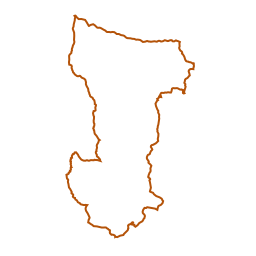 Sativanorte, Boyacá, Colombia, rotated 273°
{"feature_id": "7082276B25925183447781", "entity_name": "Sativanorte", "entity_type": "district", "adm_level": 2, "iso_a3": "COL", "parent_name": "Colombia", "parent_adm1": "Boyacá", "projection": "mercator", "projection_center": [-72.738, 6.126], "detail": "fine", "context": "isolated", "style": "outline", "palette": "amber", "viewbox_px": 256, "rotation_deg": 273, "n_neighbors": 0, "source": "geoboundaries", "source_scale": "gbopen_adm2", "svg_char_len": 5741}
<svg xmlns="http://www.w3.org/2000/svg" viewBox="0 0 256 256"><g transform="rotate(273 128 128)"><path d="M237.2,68.7L236.1,69.4L235.4,69.5L234.5,69.2L232.7,69.2L228.7,68.4L226.4,68.3L224.8,67.7L224.0,67.7L220.5,69.2L217.2,69.5L213.0,69.5L211.5,69.9L210.7,69.9L209.1,69.5L207.6,68.7L205.4,68.3L204.5,67.9L203.4,67.8L202.6,68.0L201.3,67.5L200.0,67.5L198.2,65.9L197.0,65.4L193.1,65.8L190.7,65.6L188.2,66.0L188.0,67.1L187.5,68.3L186.4,68.7L185.6,68.5L184.7,68.6L183.8,69.1L183.0,69.2L182.4,69.7L180.6,70.3L180.2,71.0L178.8,72.0L177.3,74.2L177.1,75.0L177.1,75.7L177.6,77.1L177.4,77.6L175.9,79.1L175.0,81.5L174.0,82.8L171.4,83.7L170.9,83.6L169.4,83.7L167.5,84.6L165.2,86.1L162.6,86.6L161.4,87.3L160.0,87.6L159.3,88.1L157.9,88.5L157.2,89.3L156.4,90.9L156.1,91.2L155.0,91.7L153.9,92.9L151.6,93.5L150.1,93.6L149.6,94.6L149.3,94.8L148.5,94.8L146.9,94.3L144.0,94.7L143.7,94.5L143.1,93.5L143.1,92.8L141.0,92.3L138.6,92.9L137.6,93.5L135.0,93.5L134.0,93.3L131.8,93.5L131.2,93.7L130.5,94.2L129.9,94.2L128.4,94.2L127.5,93.7L126.9,93.8L126.3,93.4L125.7,93.3L124.7,94.0L124.0,94.0L123.3,94.5L122.2,94.6L120.5,95.1L118.4,97.1L115.3,99.2L114.5,100.3L114.1,99.7L113.6,99.4L112.7,99.3L111.8,99.0L109.7,97.9L108.6,97.7L106.7,98.1L104.3,97.6L103.2,97.8L102.8,97.3L102.2,97.1L101.2,97.3L99.5,98.3L98.5,98.3L98.0,98.5L97.7,98.9L97.2,99.9L96.8,100.1L95.5,101.4L94.8,101.8L94.0,101.8L93.7,102.0L94.5,98.6L94.3,97.9L94.5,96.1L94.0,95.6L94.0,92.6L93.3,90.9L93.3,90.1L93.7,88.7L93.1,87.1L93.1,85.4L93.7,83.7L94.2,82.8L96.9,80.4L98.8,79.4L101.0,77.4L100.8,76.1L100.1,75.9L99.7,75.4L99.0,75.2L98.9,74.9L99.3,74.8L99.3,74.6L98.9,74.2L97.2,73.4L95.4,73.7L95.2,72.7L94.9,72.5L93.9,72.7L93.4,72.3L91.8,72.1L91.5,72.2L91.5,72.8L89.9,72.7L89.5,72.9L88.9,72.6L87.4,73.2L86.4,73.1L85.9,73.6L85.7,73.2L85.1,72.8L83.8,73.2L82.6,72.8L81.5,72.7L81.4,72.5L81.6,72.2L81.1,72.2L80.3,71.1L79.4,71.2L79.1,70.9L78.5,70.0L78.4,69.5L78.1,69.4L78.0,69.0L75.3,69.5L74.2,69.8L73.7,70.6L73.0,71.0L71.4,70.8L70.2,71.0L69.2,71.4L65.5,72.2L64.1,73.4L61.3,75.1L60.8,75.2L60.1,74.9L59.8,75.0L58.7,76.7L58.0,76.8L56.7,76.5L56.3,76.7L55.7,77.4L55.4,78.7L54.9,78.7L53.8,79.3L53.1,80.7L51.3,81.8L50.3,84.0L49.7,84.3L49.3,84.9L48.7,88.1L49.0,89.5L48.9,91.3L47.5,90.4L45.9,89.9L44.9,89.9L43.2,90.4L40.5,92.3L36.7,94.3L35.8,94.2L34.2,93.5L31.6,93.2L31.1,94.4L30.2,95.7L29.3,97.5L28.2,98.8L28.1,102.2L27.2,107.1L27.5,110.8L27.4,111.4L26.6,112.4L26.2,113.3L25.5,114.0L24.9,115.3L22.9,115.3L21.8,115.6L21.3,116.3L20.7,116.8L20.5,117.1L20.7,117.9L20.5,119.2L20.0,120.3L19.4,120.8L18.5,120.9L18.7,121.2L18.5,123.0L20.1,125.9L20.9,129.0L22.0,129.5L25.8,133.0L26.7,133.3L27.4,133.3L27.7,133.6L30.6,133.2L30.7,133.5L31.5,133.9L31.8,134.7L32.9,136.3L34.0,137.2L34.1,137.8L33.7,138.1L32.7,137.3L32.3,136.7L31.9,136.7L31.7,137.7L31.7,139.4L30.5,139.5L29.8,140.6L31.4,142.6L33.7,144.2L35.6,147.2L37.0,148.0L38.1,148.4L39.0,149.2L39.7,149.2L40.7,149.5L41.4,149.4L42.3,148.9L43.5,147.6L44.0,147.2L45.2,147.0L47.0,147.4L49.0,148.6L49.2,149.0L49.0,149.8L49.1,150.4L49.9,151.3L48.9,159.3L47.8,161.6L50.4,162.0L51.8,162.6L52.9,164.8L54.7,166.4L55.4,166.5L56.1,166.8L56.9,166.9L57.6,166.1L58.3,165.9L59.2,165.3L60.4,163.2L61.5,159.8L63.2,157.4L64.6,156.4L65.5,153.5L65.9,153.2L69.6,154.0L75.3,152.7L76.9,152.1L77.8,152.8L78.2,152.8L78.7,152.5L79.8,150.9L80.2,150.7L80.7,151.0L81.8,151.0L84.5,151.9L85.6,152.7L86.7,152.8L88.9,152.5L91.5,153.3L92.6,152.4L94.3,150.3L94.8,150.2L95.4,150.5L95.8,150.4L98.2,148.6L98.9,148.4L100.0,148.4L101.7,149.0L102.3,149.5L102.8,150.7L103.3,151.2L104.7,151.5L106.3,152.2L107.1,153.0L107.8,153.4L108.8,152.9L110.3,151.8L111.4,151.9L112.2,152.7L112.7,154.4L113.4,155.1L113.9,156.3L115.2,157.6L116.6,158.8L118.6,158.3L121.4,158.7L123.8,158.7L126.1,157.5L127.1,157.6L128.5,157.2L129.5,157.6L131.6,157.7L132.8,158.1L139.1,158.7L140.6,158.4L142.8,158.5L145.0,157.3L146.8,157.3L147.9,156.4L151.4,154.8L153.8,154.2L156.7,155.6L157.4,156.5L158.4,155.7L158.6,155.6L159.5,156.9L160.2,157.4L160.7,157.4L160.6,159.5L162.0,159.0L162.2,158.6L162.0,158.0L164.6,159.2L164.9,159.8L164.9,162.0L165.4,163.1L165.3,164.5L165.8,166.1L165.6,168.4L165.7,169.1L166.9,169.5L169.6,169.9L170.0,170.5L170.2,171.0L170.1,172.8L170.4,174.8L170.1,175.9L169.2,177.7L169.1,178.5L169.3,179.3L168.9,180.0L169.0,180.5L168.8,181.1L167.9,180.9L167.3,181.1L166.3,181.0L165.8,181.1L165.4,181.9L165.7,182.6L166.3,182.2L167.0,182.1L172.3,183.4L173.3,182.8L174.8,183.0L175.8,182.0L176.2,181.9L177.5,182.3L179.0,182.4L180.0,183.0L181.1,184.8L183.3,186.4L183.7,186.9L185.1,186.6L187.8,185.6L188.8,185.8L190.1,187.1L190.3,188.7L190.2,190.2L191.2,190.1L191.9,190.4L192.7,190.4L193.1,190.6L194.8,190.4L195.4,190.2L196.0,190.3L196.1,190.2L195.7,189.3L196.3,188.5L196.9,187.1L197.0,185.5L197.4,184.9L197.5,183.5L197.9,182.5L198.3,182.4L199.1,181.6L201.7,180.7L202.8,180.1L204.4,179.0L205.1,178.0L205.9,178.2L206.6,178.0L207.1,177.7L208.1,176.2L209.9,175.1L210.9,174.9L212.2,175.3L215.3,174.9L216.6,175.3L217.4,173.3L217.6,172.2L218.0,171.3L217.0,169.7L216.9,168.5L217.0,167.9L217.9,167.2L218.0,166.3L217.6,164.9L217.0,163.8L216.9,163.0L217.6,160.2L216.5,158.3L216.2,157.2L216.1,156.4L216.6,155.3L216.7,154.6L216.6,153.8L215.7,152.3L216.0,149.8L215.3,146.3L215.5,145.3L215.4,144.5L215.9,142.5L215.1,140.6L214.7,138.4L216.4,135.8L216.6,135.0L216.8,133.1L216.6,131.5L217.3,129.6L217.3,127.7L217.7,125.7L217.7,122.9L217.9,122.0L218.5,121.0L219.8,119.5L220.2,118.2L220.4,116.2L221.4,113.9L221.3,111.8L222.4,110.3L223.0,109.3L223.1,107.4L222.7,105.6L222.9,104.1L222.8,102.0L223.1,101.4L224.1,100.3L224.7,98.9L226.4,95.6L226.7,94.5L226.5,92.8L226.7,91.9L228.9,89.4L229.8,87.8L228.9,85.1L227.9,83.8L227.9,83.5L231.6,81.1L233.7,79.5L234.4,75.8L234.2,73.0L236.4,70.5L237.3,69.9L237.5,69.4L237.2,68.7Z" fill="none" stroke="#b45309" stroke-width="2"/></g></svg>